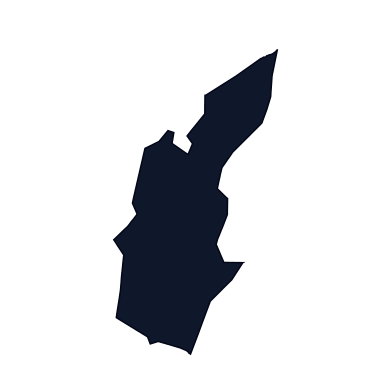 Bayanxairxan, Dzavhan, Mongolia, rotated 283°
{"feature_id": "93677404B10694461963849", "entity_name": "Bayanxairxan", "entity_type": "district", "adm_level": 2, "iso_a3": "MNG", "parent_name": "Mongolia", "parent_adm1": "Dzavhan", "projection": "mercator", "projection_center": [96.395, 49.358], "detail": "fine", "context": "isolated", "style": "filled", "palette": "ink", "viewbox_px": 384, "rotation_deg": 283, "n_neighbors": 0, "source": "geoboundaries", "source_scale": "gbopen_adm2", "svg_char_len": 3092}
<svg xmlns="http://www.w3.org/2000/svg" viewBox="0 0 384 384"><g transform="rotate(283 192 192)"><path d="M223.9,136.4L215.1,136.4L212.3,136.4L208.8,136.4L198.2,136.4L194.8,136.4L194.5,136.4L193.7,136.4L193.2,136.4L191.8,136.4L191.4,136.4L191.0,136.4L190.3,136.4L189.9,136.4L185.1,136.4L184.7,136.4L182.5,136.4L182.1,136.4L178.9,136.4L178.5,136.4L174.4,136.4L174.2,136.4L173.6,136.4L173.0,136.4L168.4,136.5L168.0,136.5L167.8,136.5L166.9,137.1L158.2,143.5L157.4,143.3L151.9,140.8L151.0,140.3L150.5,140.1L150.2,139.9L147.5,138.7L147.2,138.6L146.8,138.4L146.5,138.3L145.7,137.9L145.4,137.7L144.9,137.5L144.4,137.3L144.0,137.1L143.9,137.0L143.2,136.6L142.6,136.2L142.3,136.0L141.4,135.4L141.2,135.2L129.0,127.3L127.9,126.5L127.5,126.9L124.1,130.5L123.2,131.3L120.5,134.2L116.3,138.6L115.6,139.4L115.3,139.7L111.0,140.2L107.0,140.7L105.6,140.9L104.0,141.1L103.2,141.2L102.9,141.3L102.7,141.3L102.4,141.3L93.6,142.4L91.0,142.8L87.9,143.3L80.3,144.4L71.8,145.1L60.0,145.9L57.7,146.1L57.4,146.1L52.6,146.5L51.9,148.5L50.5,152.6L44.3,171.1L43.8,172.7L43.0,175.1L42.6,176.2L40.9,181.3L34.6,185.5L38.8,192.7L38.5,198.7L37.5,215.4L36.3,222.2L36.1,222.7L36.0,222.9L35.7,223.2L35.7,223.3L35.6,223.5L35.4,223.9L35.4,224.3L35.2,224.6L34.9,224.7L34.6,224.9L34.4,225.1L34.3,225.4L34.2,225.9L34.0,226.3L33.8,226.7L33.7,227.0L47.7,228.9L50.6,229.3L55.1,229.9L68.7,231.6L87.8,234.1L89.8,234.4L106.5,244.8L106.8,245.0L115.5,250.5L134.5,257.4L134.6,257.5L130.5,238.9L146.4,227.3L151.3,227.5L151.7,227.5L152.9,227.7L153.5,227.8L154.3,227.9L155.6,228.2L157.9,228.5L158.6,228.6L159.4,228.8L159.7,228.8L160.0,228.8L160.4,228.9L160.9,229.0L161.2,229.0L164.4,229.6L177.9,231.5L185.2,229.9L185.3,229.9L193.6,228.1L193.9,227.5L194.0,227.3L194.1,227.1L195.6,224.6L200.9,215.9L209.0,215.7L210.0,215.7L212.6,215.7L212.9,215.7L213.4,215.7L213.7,215.7L214.7,215.6L222.5,215.7L228.7,218.2L229.2,218.4L229.8,218.6L230.3,218.8L232.3,219.6L233.2,220.0L234.2,220.4L234.9,220.7L239.9,222.6L258.1,234.0L258.3,234.2L262.4,236.7L262.6,236.8L269.2,241.0L269.3,241.0L270.4,241.7L270.5,241.8L274.9,244.5L289.2,246.3L302.6,247.2L305.5,246.7L305.9,246.6L322.9,243.9L323.0,243.9L323.4,243.9L323.8,243.9L324.4,243.8L329.1,243.7L329.4,243.7L332.7,243.6L336.6,243.5L336.9,243.5L340.0,243.4L348.1,243.2L349.5,243.2L350.3,243.2L350.2,243.2L349.1,242.8L347.6,241.9L346.5,241.0L345.1,239.8L344.1,238.6L343.6,237.7L343.2,236.8L342.6,235.9L342.2,235.4L341.9,234.9L341.6,234.3L341.3,234.0L340.7,233.7L340.2,233.4L339.8,232.9L339.7,232.3L339.7,231.9L339.6,231.6L339.3,231.2L338.6,230.6L337.9,229.9L337.7,229.2L334.1,226.0L325.2,218.1L314.8,208.8L289.0,183.3L289.1,183.0L288.9,183.0L288.3,183.1L284.6,183.9L282.4,184.4L282.1,184.5L280.4,184.8L271.0,186.9L255.7,179.5L253.9,178.6L251.7,177.5L249.3,176.4L245.5,174.6L242.4,178.1L242.2,178.3L239.3,181.6L236.9,181.3L236.6,181.2L232.1,180.5L231.9,180.4L230.5,180.2L228.5,179.8L227.6,179.7L230.1,173.3L231.8,169.2L234.8,161.6L238.0,161.4L238.3,161.4L241.2,161.2L245.8,160.9L246.4,154.8L234.2,148.7L233.8,148.5L233.4,148.0L224.8,137.5L223.9,136.4Z" fill="#0f172a" stroke="#020617" stroke-width="1.5"/></g></svg>